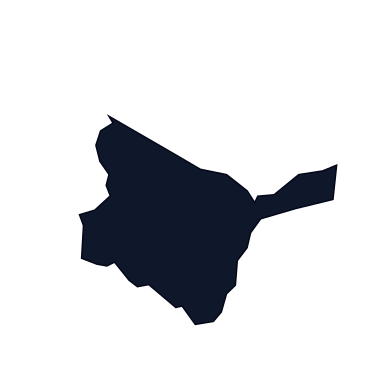 Warren, Georgia, United States of America, rotated 319°
{"feature_id": "52423323B82578708002026", "entity_name": "Warren", "entity_type": "district", "adm_level": 2, "iso_a3": "USA", "parent_name": "United States of America", "parent_adm1": "Georgia", "projection": "orthographic", "projection_center": [-82.674, 33.431], "detail": "fine", "context": "isolated", "style": "filled", "palette": "ink", "viewbox_px": 384, "rotation_deg": 319, "n_neighbors": 0, "source": "geoboundaries", "source_scale": "gbopen_adm2", "svg_char_len": 673}
<svg xmlns="http://www.w3.org/2000/svg" viewBox="0 0 384 384"><g transform="rotate(319 192 192)"><path d="M72.9,184.1L79.3,192.0L87.5,194.1L86.6,217.5L88.7,227.7L98.6,233.5L104.0,268.5L109.7,271.6L107.6,294.1L123.2,303.7L135.4,301.8L151.2,291.5L163.6,290.8L181.2,273.5L197.0,270.2L209.5,261.2L226.3,257.3L259.4,272.5L293.5,290.1L318.8,266.6L304.4,261.8L284.0,248.9L252.1,247.9L238.9,238.3L232.4,241.2L234.4,227.4L230.4,206.2L229.5,201.6L213.2,180.3L201.2,144.9L179.0,80.3L177.6,88.2L163.1,85.9L150.1,93.7L142.6,108.5L140.9,124.3L131.6,130.7L127.8,141.3L106.7,141.9L92.2,135.3L88.1,146.1L65.2,169.6L72.9,184.1Z" fill="#0f172a" stroke="#020617" stroke-width="1.5"/></g></svg>